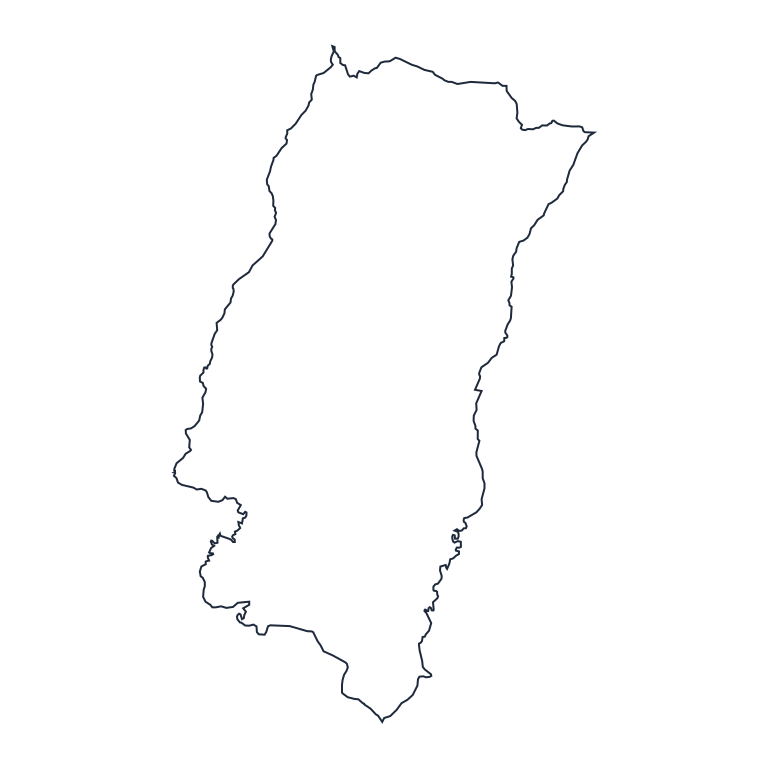 Bagaces, Guanacaste, Costa Rica
{"feature_id": "36466004B76041075166072", "entity_name": "Bagaces", "entity_type": "district", "adm_level": 2, "iso_a3": "CRI", "parent_name": "Costa Rica", "parent_adm1": "Guanacaste", "projection": "robinson", "projection_center": [-85.261, 10.512], "detail": "fine", "context": "isolated", "style": "outline", "palette": "slate", "viewbox_px": 768, "rotation_deg": 0, "n_neighbors": 0, "source": "geoboundaries", "source_scale": "gbopen_adm2", "svg_char_len": 6070}
<svg xmlns="http://www.w3.org/2000/svg" viewBox="0 0 768 768"><path d="M332.3,46.1L333.8,51.4L331.5,56.4L330.8,60.1L331.1,62.1L332.8,64.7L330.8,67.2L323.6,73.0L317.1,75.0L316.1,75.8L314.6,82.0L313.4,84.6L312.8,89.8L311.2,94.1L311.8,99.6L309.2,102.4L308.5,105.5L305.7,110.6L301.4,115.0L295.6,123.8L290.9,128.5L287.2,130.3L287.3,133.4L285.6,137.5L285.7,138.5L287.0,140.0L286.5,143.6L281.6,148.1L276.5,155.8L273.6,157.9L273.5,159.8L271.0,166.7L270.0,171.4L266.8,179.7L267.2,184.3L268.7,186.1L269.5,191.1L271.5,193.1L272.8,196.0L273.4,200.5L273.2,205.8L275.2,208.0L274.9,210.4L276.1,212.8L274.6,216.8L276.0,220.0L275.4,224.1L269.5,233.5L269.7,236.3L270.9,238.5L272.3,239.4L272.3,240.7L262.7,256.4L252.6,265.4L248.9,272.2L238.9,279.2L233.6,284.3L232.8,285.5L232.8,288.0L233.5,289.1L233.7,291.5L232.7,295.6L231.0,298.5L230.5,302.5L224.9,309.3L224.4,313.4L222.4,317.6L220.9,319.6L216.6,322.9L217.2,330.2L214.7,333.9L211.4,343.3L211.4,345.3L212.2,346.8L211.3,349.0L211.3,351.0L212.5,354.4L212.1,357.5L210.2,361.4L209.8,363.9L207.7,365.8L207.2,368.4L206.3,368.6L205.5,367.4L204.2,367.6L203.4,370.2L203.5,372.5L200.2,375.7L199.8,377.4L200.0,381.5L202.8,382.9L203.6,386.1L206.1,388.7L205.5,392.2L202.4,397.7L203.1,403.8L202.2,412.2L200.2,415.6L199.2,420.5L194.6,426.1L191.0,428.4L187.2,429.0L185.7,430.0L185.9,433.5L189.8,439.9L189.2,447.4L191.0,449.9L190.3,450.9L185.6,453.8L183.1,457.9L176.6,463.2L174.4,468.6L174.2,470.2L175.0,470.6L175.0,471.7L174.1,472.3L175.0,472.4L175.2,473.1L173.9,475.8L176.4,478.0L178.0,482.6L182.0,484.9L193.4,487.6L196.7,489.5L201.4,488.8L205.7,490.5L206.9,492.3L208.3,497.0L211.2,500.8L218.3,501.8L222.4,500.2L225.1,496.7L227.3,498.7L233.6,498.1L235.9,499.2L237.1,502.8L240.8,505.1L237.7,510.5L238.3,512.3L243.2,514.2L245.2,511.8L246.5,512.5L246.4,515.7L245.1,517.7L242.9,518.3L242.0,523.4L238.4,522.0L238.8,525.1L240.2,528.0L237.4,530.6L234.9,531.6L235.4,534.1L233.0,535.2L232.2,536.5L232.6,538.0L234.7,539.6L234.8,542.0L233.0,542.0L231.5,540.1L229.7,539.0L220.5,535.8L219.9,533.6L219.0,535.1L218.5,538.6L217.7,536.2L217.2,536.9L217.5,542.7L214.7,543.4L212.2,540.8L211.3,540.6L210.8,541.5L211.9,544.4L214.1,545.9L211.1,548.0L209.1,552.5L209.9,553.1L212.9,553.4L213.2,554.1L211.7,555.1L207.9,555.8L207.8,557.7L209.1,560.6L206.1,561.3L205.6,561.9L205.8,564.2L201.4,566.5L199.8,571.6L200.7,576.3L202.7,577.7L204.8,582.1L204.8,586.3L203.7,589.7L203.1,596.8L205.5,601.7L210.3,604.8L212.3,607.3L216.0,607.3L221.1,606.3L226.4,607.9L233.1,606.9L237.8,602.8L249.2,601.7L249.2,604.8L243.2,608.3L245.9,611.7L244.3,615.1L243.8,618.1L242.0,619.2L240.5,614.4L239.1,613.7L237.7,614.9L237.0,616.5L237.4,619.3L239.9,622.4L241.6,622.8L245.1,625.5L249.2,625.7L253.4,624.6L256.5,626.4L256.9,632.1L258.8,634.3L264.6,634.7L266.2,632.1L268.0,626.3L270.3,625.3L289.7,626.1L307.3,631.2L311.7,631.4L313.2,632.2L317.6,641.2L320.6,645.4L323.6,651.3L332.7,655.4L345.4,662.4L346.9,663.8L347.8,667.4L346.5,670.9L344.1,674.7L342.6,679.9L342.0,684.8L342.0,692.6L342.6,693.4L347.7,697.2L354.4,698.9L358.4,699.3L362.3,702.8L364.2,703.8L364.2,704.4L370.7,708.8L375.8,714.3L378.1,715.7L382.2,721.9L384.2,718.0L390.2,716.1L396.7,709.8L401.5,703.2L407.4,699.8L412.7,695.0L417.4,685.7L418.0,679.2L419.4,676.7L423.3,676.3L426.0,677.3L429.8,676.8L431.3,675.9L431.0,674.3L424.7,669.4L422.8,666.9L422.2,661.1L419.6,650.3L419.0,645.1L419.0,643.6L420.8,642.7L422.0,641.0L422.6,637.0L424.9,636.6L425.7,634.5L429.0,630.7L431.2,623.1L426.3,612.9L424.5,611.1L424.5,610.5L424.9,609.7L425.7,609.7L427.2,611.0L428.2,611.0L428.6,608.2L429.6,607.2L430.9,607.9L431.7,610.3L433.3,610.5L433.7,609.8L433.0,602.2L437.4,598.2L438.1,596.2L437.2,594.5L437.1,591.8L436.1,591.0L433.9,590.7L433.4,590.0L433.4,586.7L435.2,584.4L438.0,583.6L441.5,578.7L441.7,575.9L440.0,570.4L440.4,566.5L445.7,565.0L446.3,567.8L447.1,568.9L449.3,563.8L450.2,559.3L453.1,558.4L456.3,555.5L458.9,554.1L459.0,551.5L455.9,550.6L455.7,549.9L456.8,547.6L459.6,547.6L460.9,546.9L460.8,541.8L457.9,541.1L454.5,542.6L453.2,541.6L452.3,538.7L452.3,536.3L453.0,534.9L454.7,535.4L455.0,538.7L457.8,538.7L458.6,536.5L458.6,533.8L457.9,531.8L454.6,530.6L456.9,529.2L459.2,530.9L460.3,530.9L462.1,530.3L463.6,528.4L465.9,528.2L466.7,526.4L465.4,522.9L463.9,521.8L463.6,520.1L464.2,518.1L467.5,517.5L476.4,512.3L479.7,508.7L482.1,505.0L481.6,499.2L484.5,488.3L484.5,483.3L482.7,478.2L482.7,471.6L481.9,468.6L476.5,455.9L476.4,452.2L479.4,440.8L477.7,439.0L477.8,430.5L475.5,428.7L475.4,425.8L473.6,420.9L473.8,415.6L476.6,409.9L476.2,403.4L481.6,391.0L475.0,389.8L479.9,378.6L480.1,376.2L479.2,374.6L479.2,373.0L481.4,367.3L488.0,362.8L491.7,357.9L496.6,354.7L499.0,346.3L500.7,343.0L504.2,341.2L504.3,338.0L506.5,337.8L507.3,337.1L507.3,335.5L505.3,332.6L505.2,331.0L507.6,324.5L510.1,320.6L510.9,318.2L511.6,306.7L509.6,305.4L509.4,302.8L508.3,300.3L511.0,295.7L512.0,287.3L511.4,281.7L513.5,278.5L513.4,277.3L511.1,276.7L511.8,273.9L511.8,268.5L513.1,265.6L512.4,259.2L513.3,255.7L516.1,251.7L516.6,248.3L519.2,241.9L523.6,240.5L527.4,237.7L529.5,234.1L531.0,228.3L534.2,225.2L537.6,219.8L543.7,215.4L544.1,213.5L548.6,204.1L551.6,202.7L557.4,198.5L559.2,195.2L563.1,191.3L563.4,188.6L564.8,184.9L566.8,182.1L567.0,179.7L569.7,170.4L573.2,165.1L577.5,153.2L582.1,145.5L586.1,141.7L587.7,139.3L588.6,136.2L594.1,132.6L585.0,132.2L583.5,131.2L582.2,127.3L579.4,126.4L571.9,126.5L562.6,125.3L557.5,123.5L553.8,120.6L552.4,120.8L551.3,123.1L549.8,123.4L547.0,125.5L542.2,125.4L538.7,127.9L536.1,127.9L533.0,129.3L528.0,129.0L525.2,130.1L522.2,129.7L520.8,128.2L522.0,124.8L518.9,121.8L516.6,118.4L517.4,112.8L516.7,104.0L515.2,101.0L511.6,97.9L506.7,91.0L506.5,85.9L502.7,85.9L498.0,82.5L494.9,83.3L470.6,81.9L457.5,84.0L451.7,81.9L448.4,81.9L444.3,80.2L442.6,78.7L435.0,74.8L432.7,71.8L424.4,69.9L417.2,66.4L411.9,64.8L400.0,59.0L395.6,57.7L389.7,61.3L384.6,61.6L380.7,62.7L376.8,68.0L375.2,68.2L371.5,70.5L368.5,73.3L364.6,73.0L359.2,71.1L357.4,73.7L356.7,77.4L353.7,75.7L349.9,76.6L348.0,74.3L345.1,65.3L342.9,65.0L340.3,63.0L340.3,58.1L338.5,56.9L337.8,54.8L334.7,51.3L334.6,47.0L332.3,46.1Z" fill="none" stroke="#1e293b" stroke-width="2"/></svg>